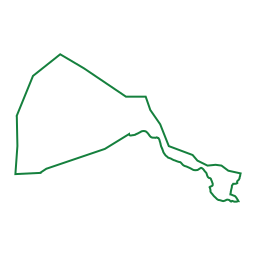 L'Orangerie Road, Praslin, Saint Lucia
{"feature_id": "8701671B96985788698945", "entity_name": "L'Orangerie Road", "entity_type": "district", "adm_level": 2, "iso_a3": "LCA", "parent_name": "Saint Lucia", "parent_adm1": "Praslin", "projection": "mercator", "projection_center": [-60.921, 13.856], "detail": "fine", "context": "isolated", "style": "outline", "palette": "green", "viewbox_px": 256, "rotation_deg": 0, "n_neighbors": 0, "source": "geoboundaries", "source_scale": "gbopen_adm2", "svg_char_len": 4778}
<svg xmlns="http://www.w3.org/2000/svg" viewBox="0 0 256 256"><path d="M145.7,96.7L126.0,96.7L83.9,68.3L60.2,54.3L33.0,75.9L16.7,115.9L16.8,116.0L17.4,146.0L15.4,174.1L40.5,172.9L40.5,172.6L46.4,168.7L46.5,168.7L104.9,148.9L129.0,134.1L129.0,134.3L129.1,134.6L129.4,135.0L129.8,135.3L130.3,135.5L131.6,135.4L133.1,135.1L133.6,135.1L134.9,134.8L135.0,134.8L135.1,134.7L135.4,134.6L135.6,134.4L135.8,134.4L136.0,134.2L136.5,134.0L136.6,133.9L136.8,133.9L137.0,133.8L137.2,133.7L137.4,133.7L137.6,133.6L137.8,133.4L138.1,133.3L138.2,133.2L138.4,133.1L138.6,133.0L138.8,132.9L139.0,132.8L139.2,132.7L139.3,132.6L139.5,132.5L139.8,132.4L140.0,132.3L140.1,132.2L140.4,132.0L140.6,131.9L140.8,131.8L140.9,131.7L141.0,131.7L141.4,131.5L141.5,131.4L141.8,131.3L142.0,131.2L142.4,131.1L142.6,131.1L142.8,131.1L143.0,131.1L143.7,131.0L143.9,131.0L144.0,131.0L144.3,131.1L144.5,131.1L144.8,131.1L145.1,131.2L145.4,131.3L145.7,131.4L145.8,131.5L146.1,131.6L146.3,131.8L146.5,132.0L146.8,132.2L147.0,132.4L147.3,132.7L147.4,132.8L147.6,133.0L148.0,133.5L148.4,134.0L148.5,134.1L148.8,134.5L149.1,134.9L149.1,135.0L149.3,135.2L149.5,135.6L149.7,135.8L149.8,135.9L149.9,136.0L150.0,136.1L150.1,136.3L150.3,136.5L150.5,136.7L150.7,136.8L150.8,136.9L151.0,137.1L151.3,137.2L151.4,137.3L151.6,137.4L151.8,137.4L152.0,137.5L152.3,137.6L152.5,137.6L152.9,137.7L153.0,137.7L153.5,137.7L154.3,137.7L154.6,137.7L155.1,137.8L155.3,137.8L155.5,137.8L155.8,137.8L155.9,137.7L156.0,137.7L156.3,137.5L156.4,137.4L156.5,137.4L156.8,137.4L157.1,137.5L157.3,137.6L157.5,137.7L157.8,137.8L158.1,137.9L158.1,138.0L158.3,138.0L158.5,138.2L158.6,138.3L158.7,138.5L158.8,138.7L158.9,138.8L159.0,139.0L159.2,139.3L159.3,139.5L159.4,139.9L159.5,140.1L159.6,140.5L159.7,140.8L159.7,141.1L159.8,141.3L160.0,141.9L160.2,142.5L160.3,143.0L160.4,143.4L160.5,143.6L160.5,143.8L160.6,144.0L160.6,144.4L160.7,144.6L160.7,144.8L160.8,145.0L160.9,145.5L161.0,145.8L161.0,146.0L161.1,146.3L161.2,146.5L161.3,146.9L161.4,147.0L161.5,147.1L161.8,147.8L161.9,148.2L162.0,148.2L162.1,148.4L162.1,148.6L162.3,148.9L162.4,149.2L162.4,149.4L162.5,149.7L162.6,149.8L162.6,150.0L162.8,150.4L162.9,150.6L163.0,150.9L163.0,151.0L163.1,151.4L163.2,151.5L163.3,151.8L163.3,152.0L163.5,152.4L163.6,152.6L163.9,153.0L164.1,153.4L164.2,153.5L164.4,153.7L164.4,153.8L165.4,155.2L166.0,155.8L166.8,156.4L167.6,157.1L167.9,157.5L168.9,157.9L170.4,158.4L171.3,158.8L172.1,159.3L172.7,159.6L173.7,160.1L174.8,160.4L176.0,160.9L177.0,161.3L178.5,161.8L179.3,162.0L180.4,162.2L180.8,162.6L181.5,163.3L182.0,163.9L182.8,164.8L183.3,165.2L184.1,165.7L184.7,166.0L186.1,166.4L186.9,166.7L188.0,167.2L188.9,167.6L190.2,168.2L190.7,168.5L191.2,168.7L192.0,169.2L193.3,169.9L194.2,170.1L195.4,170.2L196.6,170.1L197.5,170.0L197.9,169.8L199.9,168.5L200.9,167.9L201.4,167.9L201.7,168.0L202.2,168.4L202.8,168.8L203.7,169.7L204.2,170.5L205.0,171.5L205.4,171.9L206.2,172.8L206.5,173.3L206.8,174.3L207.0,175.0L207.2,175.6L207.5,176.2L207.8,176.9L208.3,177.4L209.1,178.0L210.2,178.2L210.8,178.7L211.1,179.6L211.4,180.3L211.7,180.9L212.0,181.8L212.4,182.9L212.7,183.6L212.7,184.6L212.6,185.4L212.2,185.8L211.3,186.3L210.3,186.6L209.6,187.2L209.8,187.6L210.1,188.5L210.4,189.7L210.5,190.5L210.4,191.0L210.5,191.6L210.8,192.3L211.5,193.2L212.4,194.2L213.0,195.0L213.8,196.0L214.6,196.8L215.3,197.4L216.2,198.3L216.9,199.0L217.6,199.5L218.5,200.0L219.6,200.1L221.3,200.6L222.6,201.0L223.3,201.1L224.8,200.7L226.0,200.1L226.9,199.7L227.9,199.7L228.2,199.8L228.6,199.9L228.8,199.9L229.1,200.0L229.3,200.1L229.6,200.3L229.8,200.5L230.0,200.7L230.2,201.0L230.4,201.2L230.6,201.3L230.8,201.4L231.0,201.5L231.3,201.5L231.4,201.4L231.7,201.2L231.8,201.0L232.0,200.9L232.6,201.0L233.0,201.2L233.2,201.3L233.6,201.4L233.9,201.5L234.3,201.7L234.6,201.7L235.2,201.7L236.0,201.7L236.8,201.6L237.2,201.5L237.4,201.3L237.8,201.2L238.0,201.1L238.4,201.1L238.2,200.7L237.9,200.1L237.5,199.6L237.1,198.9L236.8,198.4L236.4,197.8L236.0,197.2L235.6,196.8L235.1,196.2L234.9,196.1L234.7,196.0L234.6,195.9L234.3,195.8L234.0,195.7L233.5,195.6L233.2,195.4L232.9,195.3L232.5,195.1L232.2,195.0L231.8,194.8L231.4,194.7L231.0,194.5L230.8,194.4L230.4,194.4L230.4,193.9L230.5,193.5L230.6,193.2L230.7,192.9L230.7,192.6L230.8,192.0L230.8,191.5L231.0,190.9L231.1,190.2L231.2,189.7L231.4,189.0L231.5,188.6L231.6,188.0L231.8,187.5L231.8,187.0L231.9,186.3L231.9,185.7L232.0,185.4L232.2,185.2L232.4,185.0L232.8,184.5L233.1,184.0L233.2,183.8L234.6,183.8L236.0,183.7L236.9,183.3L237.3,183.1L237.3,182.8L237.1,182.3L237.2,181.3L237.6,180.8L238.6,179.9L238.9,179.6L239.6,178.1L239.6,177.4L240.1,176.0L240.2,175.3L240.3,174.5L240.6,173.4L228.3,170.7L221.5,165.6L215.6,164.8L207.5,165.6L197.4,160.6L192.6,155.0L168.8,146.1L160.2,124.3L150.3,110.0L145.7,96.7Z" fill="none" stroke="#15803d" stroke-width="2"/></svg>